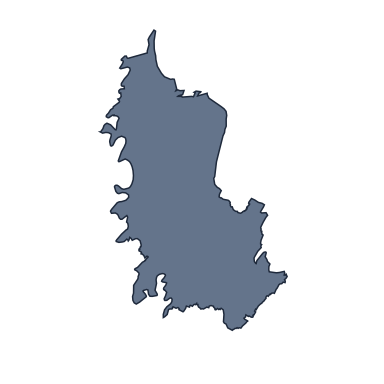 Kushtia, Khulna, Bangladesh (Equal Earth projection), rotated 28°
{"feature_id": "16705992B21124734124900", "entity_name": "Kushtia", "entity_type": "district", "adm_level": 2, "iso_a3": "BGD", "parent_name": "Bangladesh", "parent_adm1": "Khulna", "projection": "equal_earth", "projection_center": [89.019, 23.943], "detail": "fine", "context": "isolated", "style": "filled", "palette": "slate", "viewbox_px": 384, "rotation_deg": 28, "n_neighbors": 0, "source": "geoboundaries", "source_scale": "gbopen_adm2", "svg_char_len": 6071}
<svg xmlns="http://www.w3.org/2000/svg" viewBox="0 0 384 384"><g transform="rotate(28 192 192)"><path d="M187.9,308.8L188.6,312.2L190.7,315.4L193.0,317.0L195.4,317.1L197.4,313.9L200.8,305.9L200.4,305.2L198.4,303.9L195.7,302.9L195.2,302.2L195.4,301.7L197.7,299.4L199.1,299.2L201.6,302.6L203.8,303.8L205.9,302.8L209.6,299.9L209.7,299.2L209.0,298.3L205.5,296.1L203.6,289.4L201.5,286.4L200.8,284.1L200.7,282.4L201.8,280.1L204.0,278.0L205.6,277.4L207.1,277.5L207.7,278.1L207.7,280.6L206.9,284.0L207.1,285.1L208.4,285.2L211.7,284.1L212.3,284.2L212.6,286.4L212.1,289.7L212.3,290.8L212.8,291.4L213.7,291.6L213.9,291.3L216.7,292.4L217.4,296.3L217.5,299.2L218.2,300.2L219.0,300.5L220.6,299.5L222.2,296.2L222.8,295.7L223.6,295.4L224.8,296.1L225.7,298.3L225.6,300.6L223.7,305.2L223.1,308.9L224.1,313.5L225.6,316.3L226.4,315.1L227.6,311.8L226.5,306.8L227.2,305.8L229.1,304.8L229.5,304.1L229.0,303.3L229.2,302.3L232.5,302.1L233.8,300.6L235.4,301.0L235.7,302.0L240.3,302.0L240.7,301.0L241.0,297.7L240.6,295.4L243.8,294.8L243.5,293.1L244.0,292.7L246.0,292.7L246.4,290.6L247.0,290.0L247.9,289.9L248.4,288.2L249.0,289.1L250.0,288.6L250.1,289.1L251.8,290.5L252.9,290.5L254.8,291.2L255.8,290.3L257.1,289.9L259.1,286.7L261.1,286.3L260.8,284.7L262.1,283.3L264.6,282.8L265.0,283.4L267.2,284.2L267.2,284.7L267.8,285.1L268.4,284.8L269.2,282.9L270.8,283.2L271.2,282.3L272.0,282.5L272.3,281.0L274.9,281.4L277.7,285.1L280.7,291.8L282.1,292.6L284.1,292.6L287.4,295.2L292.5,295.2L292.7,294.2L293.2,294.0L294.0,292.2L295.0,291.8L295.5,290.6L296.7,290.8L297.3,289.7L299.1,289.2L299.5,286.5L301.0,282.6L301.4,280.2L301.8,280.0L301.7,279.7L298.2,279.6L297.1,279.0L297.9,277.2L297.3,275.2L300.2,275.4L300.6,274.7L303.1,274.7L304.4,274.0L304.3,272.6L303.8,272.4L303.8,271.6L304.4,271.3L304.5,268.0L303.2,267.8L303.2,265.6L303.9,265.8L304.1,261.5L305.2,258.3L305.8,257.7L305.9,256.4L306.9,253.8L306.7,253.4L307.3,251.2L306.7,250.4L306.7,248.9L307.3,248.2L308.3,248.3L308.6,246.2L308.9,245.4L309.4,245.6L309.9,243.9L311.4,242.9L312.3,242.8L312.0,238.4L312.3,237.1L312.3,233.0L312.8,231.9L314.3,230.8L314.8,228.8L316.7,228.3L316.2,226.9L314.8,225.9L315.5,224.3L315.7,222.0L313.7,220.4L313.4,221.7L312.4,222.1L311.8,219.9L310.7,218.8L307.0,222.0L304.5,223.7L297.7,226.2L296.4,224.8L294.9,221.8L294.6,219.0L291.2,217.9L289.9,216.5L287.0,214.8L286.2,211.3L285.8,210.5L285.2,210.4L283.9,211.3L283.3,212.7L281.6,221.6L281.6,222.9L282.3,225.1L281.9,225.2L279.8,224.2L278.1,221.8L277.7,220.7L277.9,213.5L279.2,208.6L278.3,207.7L278.0,206.3L278.2,205.8L276.9,205.6L276.3,204.3L275.6,202.0L275.0,196.6L273.6,196.4L273.0,195.4L272.2,194.9L272.1,193.9L271.0,193.9L270.4,192.2L269.5,191.5L269.2,190.5L269.0,185.1L269.2,179.5L269.7,177.1L267.1,175.5L263.4,177.8L262.0,177.7L261.8,177.2L262.1,171.6L261.9,169.3L259.2,169.1L255.5,170.0L251.2,169.6L247.6,169.8L247.0,174.3L247.3,175.4L248.5,175.6L248.2,176.4L248.5,177.2L247.7,178.7L247.5,179.8L247.7,180.2L248.1,180.1L247.9,181.4L248.4,181.3L248.4,181.8L247.5,184.1L247.1,183.9L246.0,185.7L245.9,186.4L244.8,188.0L242.1,188.6L241.2,187.8L239.6,188.6L236.7,188.2L234.5,186.2L233.6,186.8L232.1,185.9L231.7,184.9L230.8,184.2L230.6,183.2L228.7,182.4L227.8,182.3L222.9,183.8L220.6,183.4L220.1,183.8L218.2,183.6L217.3,181.1L217.2,177.1L214.7,176.1L212.1,176.0L208.5,174.6L204.8,169.8L204.8,167.7L199.4,153.8L193.0,127.9L192.8,124.2L191.7,121.4L191.3,117.8L187.9,111.5L186.7,108.1L184.2,104.8L181.2,103.5L177.5,102.9L162.9,101.2L159.9,99.0L159.0,97.7L151.9,104.5L151.8,101.3L152.8,100.1L152.7,99.3L148.2,101.0L147.0,103.0L148.2,102.9L148.6,107.2L146.7,107.8L138.8,112.8L138.1,112.4L134.6,114.2L134.9,113.4L138.0,110.4L137.3,106.1L133.8,108.2L131.5,108.5L130.2,110.2L130.1,108.2L123.4,100.8L121.9,101.3L120.2,102.6L113.6,103.2L109.2,101.5L102.4,97.3L98.0,92.1L95.9,88.7L92.8,85.2L91.2,82.9L87.6,76.4L84.3,67.1L82.4,66.9L81.6,75.0L81.7,78.0L84.9,82.1L86.3,88.5L87.2,90.2L73.1,103.7L72.5,104.1L71.6,104.0L70.2,102.8L68.9,103.5L67.3,108.1L67.9,108.9L69.2,108.5L69.9,108.9L70.2,109.6L70.4,111.7L70.0,116.5L71.3,116.6L76.3,112.0L78.7,111.7L80.2,113.3L80.5,118.4L79.2,123.7L78.7,129.3L79.4,130.9L80.5,131.4L82.4,130.5L83.8,132.6L80.8,134.5L80.1,135.7L79.9,137.1L80.9,138.5L81.6,138.8L82.5,138.0L84.6,140.8L84.1,144.5L83.2,144.3L82.9,144.7L85.4,145.9L85.6,146.9L82.5,153.6L82.9,155.1L81.5,157.6L81.2,161.7L80.5,164.1L80.6,165.2L81.0,165.8L83.0,165.9L83.8,165.3L85.7,161.5L87.0,160.7L87.1,161.3L89.5,160.2L91.2,160.2L93.0,161.1L93.2,165.6L95.5,171.4L95.7,172.8L94.8,173.0L88.6,170.9L84.6,171.2L83.5,173.0L83.1,174.7L83.6,177.9L83.1,181.7L82.7,182.0L85.4,182.0L87.9,179.9L90.4,178.8L93.4,178.8L94.3,180.3L95.1,184.6L95.7,186.2L98.2,189.2L99.1,189.4L99.8,188.6L100.2,187.6L100.0,182.2L101.1,178.7L103.6,175.8L107.3,175.4L108.6,176.3L109.8,178.0L110.7,180.2L111.0,184.1L110.9,189.6L112.3,199.2L113.1,199.6L113.8,199.1L117.5,194.2L120.1,194.1L122.6,194.5L124.6,195.6L127.3,197.8L129.9,200.8L132.6,205.0L134.3,208.8L135.1,213.0L135.1,215.5L134.8,217.2L134.1,218.4L130.6,221.6L128.3,222.1L124.3,221.2L122.6,221.2L121.5,221.9L121.0,222.9L121.1,223.8L124.5,227.2L126.7,228.1L128.2,227.8L130.6,225.2L133.8,223.9L137.3,224.3L138.6,226.4L137.7,229.9L136.9,231.0L134.5,233.4L132.3,234.9L131.0,236.6L129.2,244.9L129.0,246.9L129.2,247.4L130.9,248.6L134.2,246.5L136.3,246.6L137.7,247.2L140.0,249.1L141.7,249.6L143.0,248.9L145.5,243.4L147.0,244.4L148.3,249.2L150.0,249.8L151.2,251.3L152.0,252.5L152.5,255.1L151.7,256.2L149.6,262.3L148.0,269.5L147.9,270.9L148.4,271.3L151.1,270.8L154.0,268.8L155.4,267.5L156.6,264.2L158.1,264.5L158.7,265.1L158.9,264.2L158.3,261.3L159.8,261.5L161.9,262.7L164.1,259.7L165.7,258.8L169.0,259.4L171.9,262.5L172.5,263.7L172.1,264.4L172.5,264.9L172.1,267.1L172.7,267.3L172.3,268.0L172.8,268.8L175.2,268.8L175.8,269.2L175.8,270.0L176.2,270.6L177.1,270.1L179.3,270.7L181.3,272.3L182.3,269.8L183.5,269.7L183.8,270.3L182.9,273.0L183.0,274.3L182.6,274.3L182.3,275.7L181.2,277.3L179.3,284.2L177.8,286.3L177.6,287.1L178.1,287.6L180.0,287.5L183.0,288.4L183.8,289.3L184.1,291.9L184.8,293.2L185.0,294.5L184.3,301.8L187.9,308.8Z" fill="#64748b" stroke="#1e293b" stroke-width="1.5"/></g></svg>